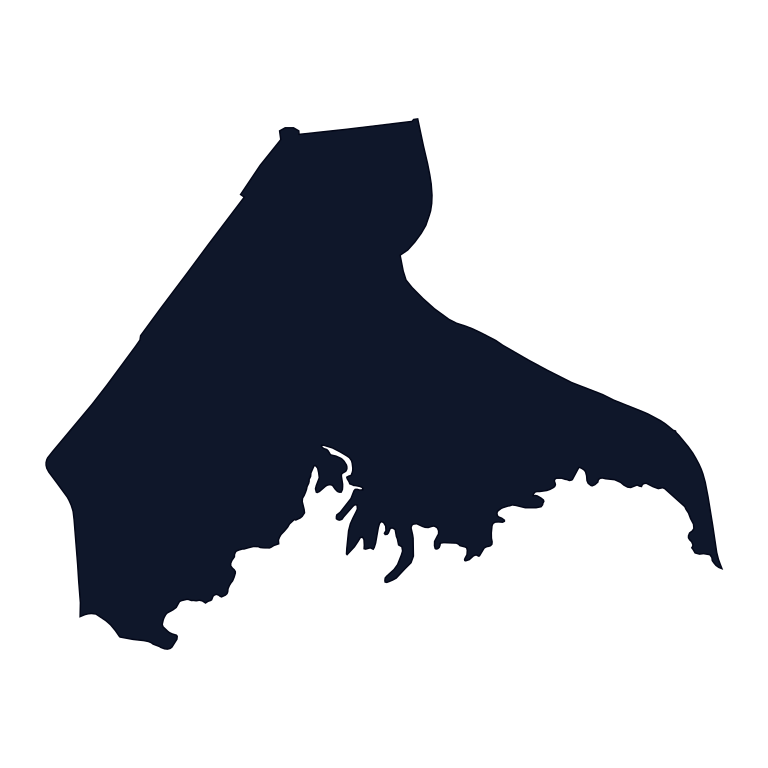 the district of Minshat Nasir, Al Qahirah, Egypt
{"feature_id": "37247803B62139513677683", "entity_name": "Minshat Nasir", "entity_type": "district", "adm_level": 2, "iso_a3": "EGY", "parent_name": "Egypt", "parent_adm1": "Al Qahirah", "projection": "orthographic", "projection_center": [31.288, 30.043], "detail": "fine", "context": "isolated", "style": "filled", "palette": "ink", "viewbox_px": 768, "rotation_deg": 0, "n_neighbors": 0, "source": "geoboundaries", "source_scale": "gbopen_adm2", "svg_char_len": 6108}
<svg xmlns="http://www.w3.org/2000/svg" viewBox="0 0 768 768"><path d="M74.1,519.6L77.7,565.1L78.7,581.0L80.4,602.7L80.1,616.6L84.9,614.6L88.1,613.8L91.4,613.5L95.9,614.0L105.8,620.6L110.6,624.8L115.4,630.6L119.4,636.4L120.0,637.0L133.0,639.4L144.0,640.6L148.4,641.5L151.3,642.7L153.1,644.1L159.5,646.5L160.8,647.4L164.6,648.8L167.5,649.1L170.2,648.4L171.9,647.1L176.9,639.2L177.2,636.3L176.4,635.2L172.1,633.9L169.4,632.6L167.6,631.2L163.0,626.8L162.2,624.4L163.2,619.9L164.1,617.5L165.7,614.6L167.1,613.0L173.0,609.8L176.2,607.4L179.5,601.5L181.5,600.6L186.5,599.4L188.3,599.4L191.4,600.5L193.4,600.4L195.7,600.7L196.8,600.7L199.3,600.2L202.4,600.9L205.5,603.0L208.0,601.3L210.5,600.5L211.6,599.8L213.0,596.2L214.4,595.0L216.4,594.3L218.9,595.2L220.0,596.2L221.5,596.9L225.4,595.1L227.0,593.6L227.7,591.8L228.0,588.7L229.4,585.4L230.8,583.1L232.6,580.8L234.1,577.2L235.3,573.2L235.3,571.6L234.2,569.8L232.4,568.2L230.7,565.9L230.7,563.3L231.9,560.4L234.4,556.8L234.5,554.4L235.4,552.2L236.3,551.1L238.9,550.0L242.4,549.0L244.0,549.0L248.5,547.7L253.3,546.5L258.3,546.6L260.3,547.5L263.4,547.8L269.5,547.9L271.1,547.2L273.8,545.5L278.7,543.8L278.4,540.0L279.5,537.1L281.0,534.5L284.4,531.0L287.6,527.2L289.5,523.9L294.3,519.5L295.8,520.0L300.3,517.9L302.2,516.3L304.5,512.8L304.1,509.4L302.2,501.6L302.5,498.2L304.1,495.5L305.5,492.2L306.5,489.3L307.0,486.7L308.7,483.1L309.1,481.3L309.1,479.5L310.6,476.4L310.9,472.9L313.9,466.0L315.1,465.4L316.4,466.5L317.7,468.3L318.7,472.8L319.3,477.8L316.3,485.6L315.5,488.8L316.3,492.1L317.2,492.5L319.4,491.5L325.5,486.2L327.2,485.2L329.2,484.7L330.5,484.7L332.5,485.3L335.1,489.0L337.1,491.1L338.2,491.8L339.7,492.2L341.2,492.1L342.4,489.5L342.6,486.8L342.6,484.1L341.4,476.4L341.4,475.3L341.6,474.0L342.4,473.2L345.7,471.3L346.6,469.6L346.9,468.3L346.8,466.5L346.4,465.0L344.1,461.3L342.2,459.3L340.8,458.3L335.9,456.1L331.0,455.0L330.1,454.2L328.2,451.0L326.7,449.5L323.5,448.5L321.4,446.4L321.7,445.2L324.0,445.3L332.5,447.9L340.4,452.0L346.6,455.7L349.4,457.6L351.5,460.6L352.2,463.1L352.8,468.0L352.7,470.7L352.2,472.7L351.8,473.5L351.5,474.8L350.4,475.7L349.0,476.0L346.8,477.2L347.2,478.7L349.1,481.8L349.8,483.8L352.5,484.8L353.5,485.4L355.8,485.6L359.7,486.4L361.8,487.2L362.8,488.2L362.7,489.8L359.8,490.1L357.1,489.3L355.2,489.4L354.0,490.8L351.0,498.5L340.3,512.2L336.8,514.9L336.4,516.6L336.4,518.7L337.5,519.5L339.2,520.1L340.6,519.8L342.0,519.2L343.6,516.9L352.8,506.4L354.8,504.7L357.1,505.1L357.4,509.0L356.2,511.7L353.0,518.0L350.4,523.8L348.6,530.7L346.8,548.6L346.5,553.9L347.1,554.6L354.4,546.8L357.8,541.7L360.3,537.6L362.5,537.1L364.0,539.6L364.3,545.2L364.1,548.7L365.6,549.1L370.3,547.8L373.2,549.2L374.2,547.5L375.6,543.0L378.3,527.6L379.5,523.4L381.3,521.5L383.6,522.5L385.7,526.0L386.0,530.6L384.4,533.3L385.2,534.5L387.1,534.3L388.3,533.0L390.3,528.2L392.7,528.0L395.2,529.6L396.4,536.4L397.4,538.9L398.6,544.9L401.9,546.7L402.6,551.0L401.4,555.0L397.6,564.6L394.0,569.6L386.8,576.1L385.2,578.0L384.9,580.5L385.1,582.0L386.7,582.4L389.2,581.5L392.7,580.0L396.2,578.1L404.9,568.8L411.0,562.7L413.4,556.1L413.1,538.2L412.6,534.8L411.0,527.8L411.5,526.1L412.1,524.9L413.4,524.1L416.7,523.7L422.5,526.4L425.1,527.3L428.2,527.5L432.0,526.3L433.6,526.0L435.0,526.4L436.5,527.3L437.5,528.1L438.6,530.8L438.6,532.0L438.5,534.3L437.8,535.2L434.6,541.4L434.5,545.7L435.2,548.5L436.1,549.0L437.7,548.7L439.2,547.4L440.0,545.2L440.2,543.5L441.1,543.0L443.8,542.6L456.4,543.1L458.6,544.2L459.9,545.6L465.3,547.0L466.7,547.8L467.3,550.3L467.0,554.7L465.1,558.2L464.6,559.4L464.8,560.5L465.7,560.8L469.3,559.6L473.5,555.8L475.3,555.1L476.6,555.0L478.5,556.1L479.4,555.9L484.1,548.1L485.5,547.2L486.9,546.6L488.7,546.3L490.5,545.7L491.9,544.2L492.1,541.8L491.4,538.2L491.3,532.9L492.0,525.7L493.0,523.4L495.2,522.1L498.4,521.9L502.6,522.2L504.4,521.3L504.4,520.2L501.7,518.2L498.5,516.9L497.3,515.5L496.9,513.0L497.5,511.5L498.2,510.7L501.2,508.4L503.0,507.6L508.1,506.0L509.7,505.8L512.2,504.9L515.9,505.4L525.2,507.7L536.2,507.7L541.1,506.7L542.6,504.7L542.8,503.4L543.8,501.4L543.4,500.0L540.9,498.0L537.2,495.9L535.4,495.5L533.1,495.7L533.4,494.1L534.3,492.9L535.3,491.9L537.1,491.5L539.7,491.5L546.8,490.5L549.9,489.4L553.1,487.7L554.6,486.6L555.4,484.8L555.1,483.2L554.4,481.3L554.5,479.9L555.3,478.8L556.5,478.2L561.7,478.2L565.2,479.3L567.1,479.6L569.4,480.5L571.3,480.1L572.3,479.6L578.8,467.5L580.0,467.5L582.3,468.7L584.5,470.3L585.6,472.0L586.6,475.7L587.0,480.6L588.2,483.3L591.0,485.5L592.2,485.8L594.8,484.7L597.8,482.1L598.2,480.2L598.8,479.3L600.3,478.2L602.6,478.0L605.4,478.7L614.7,479.7L620.7,482.4L623.9,485.1L627.6,487.1L630.7,487.5L637.1,485.0L639.5,486.1L641.5,486.5L641.9,485.3L643.4,483.7L646.2,483.2L653.1,486.7L658.3,488.6L662.6,487.7L664.6,488.5L684.8,506.6L686.1,509.4L688.5,513.0L690.6,518.6L693.5,524.1L693.9,528.5L692.4,530.9L689.6,533.0L688.5,535.8L688.5,537.8L689.7,539.8L691.7,541.8L693.0,544.9L692.6,546.5L691.8,547.8L693.0,549.3L695.1,552.9L699.5,554.1L703.5,553.6L709.9,554.7L711.9,557.5L712.3,560.6L714.0,563.0L716.0,565.4L718.8,567.4L721.9,568.6L720.1,564.0L718.4,559.3L716.7,552.5L712.7,525.5L708.0,496.7L705.2,482.2L702.9,473.9L701.2,469.2L698.9,464.1L695.7,458.1L692.7,453.0L688.1,446.6L679.0,435.6L675.9,432.4L675.5,431.0L673.2,430.3L665.6,424.1L660.7,420.8L648.0,414.0L644.1,412.3L613.4,400.0L602.7,394.6L571.5,382.5L546.8,370.0L528.1,359.9L502.6,345.2L495.8,340.5L481.9,333.3L472.9,329.0L465.7,326.2L456.4,323.2L448.8,319.3L434.3,308.7L422.9,298.5L412.0,287.5L406.0,280.0L403.2,271.1L400.1,255.2L407.7,250.0L414.7,242.2L421.2,233.3L425.8,225.4L429.2,215.5L430.6,210.8L431.7,203.5L432.0,195.3L431.2,184.0L429.8,175.0L427.6,163.8L423.3,145.4L417.7,118.9L413.6,119.5L412.1,121.4L346.5,129.3L299.0,134.4L298.8,130.9L293.5,127.8L285.2,127.8L279.6,130.9L280.8,139.6L260.2,165.3L240.6,194.5L244.3,197.1L208.1,244.9L187.2,273.1L161.0,307.9L140.6,335.7L140.0,340.0L135.9,345.9L106.9,385.2L92.2,404.2L52.9,451.2L47.7,457.8L46.8,459.7L46.1,462.5L46.1,465.2L46.8,468.2L48.8,472.0L57.0,483.0L67.3,497.1L69.0,500.2L71.2,505.1L72.8,510.2L73.2,511.9L74.1,519.6Z" fill="#0f172a" stroke="#020617" stroke-width="1.5"/></svg>